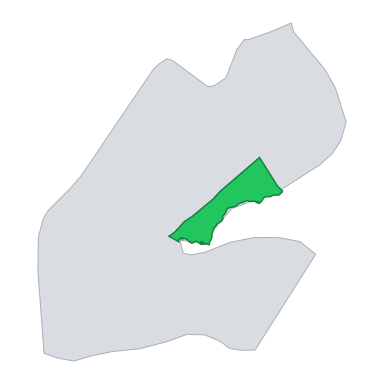 Tadjourah, Tadjourah, Djibouti (highlighted)
{"feature_id": "41766387B13463549189785", "entity_name": "Tadjourah", "entity_type": "district", "adm_level": 2, "iso_a3": "DJI", "parent_name": "Djibouti", "parent_adm1": "Tadjourah", "projection": "albers", "projection_center": [42.755, 11.778], "detail": "fine", "context": "in_parent", "style": "filled", "palette": "green", "viewbox_px": 384, "rotation_deg": 0, "n_neighbors": 0, "source": "geoboundaries", "source_scale": "gbopen_adm2", "svg_char_len": 1967}
<svg xmlns="http://www.w3.org/2000/svg" viewBox="0 0 384 384"><path d="M315.7,254.2L299.5,279.9L278.7,312.7L255.1,350.0L240.4,350.3L228.9,348.1L221.0,341.8L204.9,334.9L186.6,334.4L169.2,340.9L139.7,348.8L113.1,351.4L91.6,355.8L73.8,361.0L57.8,358.1L44.0,353.3L41.1,313.7L37.9,270.6L38.4,236.9L43.4,218.4L47.7,211.2L72.9,185.6L81.6,175.2L110.3,132.8L134.9,96.5L153.3,69.4L158.9,64.0L166.7,58.9L172.2,60.3L207.8,86.6L214.1,85.9L226.0,77.7L236.8,49.7L244.3,39.5L247.6,39.8L270.4,31.9L291.1,23.0L293.8,32.2L325.2,69.8L335.5,88.3L346.1,122.1L340.6,141.0L332.5,153.3L320.4,164.4L278.5,191.3L231.9,208.5L202.1,242.8L179.9,240.4L183.3,253.4L191.5,254.9L204.5,252.4L230.1,242.4L253.0,237.7L277.6,237.3L299.9,241.6L315.7,254.2Z" fill="#d9dde1" stroke="#a8b0b8" stroke-width="1"/><path d="M259.5,157.5L220.3,191.2L213.2,199.0L192.7,216.1L184.5,221.5L174.8,232.1L168.9,236.3L178.8,241.7L178.8,240.5L178.4,239.9L178.6,239.5L180.9,238.6L180.6,238.2L180.7,237.8L181.5,238.1L182.4,239.3L182.6,238.9L182.3,237.9L186.6,239.2L187.6,239.8L187.8,240.1L189.3,241.9L190.5,241.9L191.3,243.1L192.1,243.2L195.6,241.3L196.7,241.4L200.7,244.2L202.9,244.4L203.4,244.0L202.0,242.7L200.8,242.1L200.9,241.7L202.5,242.1L203.0,242.3L204.6,243.9L205.4,244.3L205.8,243.6L209.0,244.8L209.5,244.3L209.5,242.7L209.9,241.2L211.0,239.8L211.9,236.9L211.9,234.6L213.5,229.7L214.0,228.0L215.0,227.0L215.7,225.9L216.3,225.6L216.7,224.2L220.5,221.8L222.0,220.4L222.9,218.7L222.7,216.6L223.0,215.8L224.9,214.0L226.8,209.6L228.3,208.2L229.5,207.7L234.6,206.6L237.3,205.1L239.4,203.2L240.6,202.9L242.8,202.5L246.3,200.7L247.4,200.6L249.1,201.3L250.2,201.1L250.9,201.4L255.2,201.2L256.2,202.4L257.1,202.7L257.4,201.8L257.7,201.7L258.7,203.2L259.5,203.3L261.3,201.5L262.3,200.3L263.1,198.7L264.0,197.7L265.0,197.1L267.0,196.6L269.5,196.7L269.8,196.7L273.8,195.1L275.4,195.2L276.5,194.9L278.1,195.0L279.2,194.8L281.9,192.3L282.5,191.1L277.6,186.2L259.5,157.5Z" fill="#22c55e" stroke="#15803d" stroke-width="1.5"/></svg>